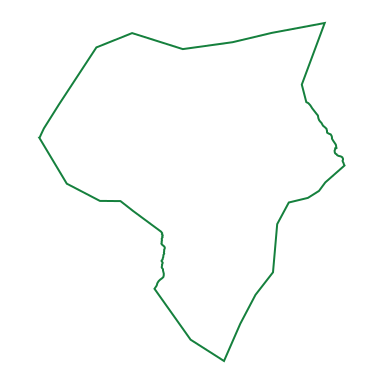 outline of To'grog, Govi-Altay, Mongolia
{"feature_id": "93677404B72988397034040", "entity_name": "To'grog", "entity_type": "district", "adm_level": 2, "iso_a3": "MNG", "parent_name": "Mongolia", "parent_adm1": "Govi-Altay", "projection": "orthographic", "projection_center": [94.989, 45.729], "detail": "fine", "context": "isolated", "style": "outline", "palette": "green", "viewbox_px": 384, "rotation_deg": 0, "n_neighbors": 0, "source": "geoboundaries", "source_scale": "gbopen_adm2", "svg_char_len": 1731}
<svg xmlns="http://www.w3.org/2000/svg" viewBox="0 0 384 384"><path d="M224.0,361.0L240.3,323.7L255.5,294.8L273.0,272.3L277.2,224.1L288.8,202.5L307.9,197.9L319.0,190.9L325.3,182.4L344.5,165.5L343.8,164.1L343.6,163.2L343.2,162.4L342.7,161.4L342.6,160.5L343.0,159.8L343.0,158.8L342.3,157.3L340.8,156.4L338.6,155.9L337.2,155.2L336.5,154.2L335.8,153.9L335.1,153.2L334.7,152.0L334.6,150.6L335.1,149.5L335.1,148.8L335.3,148.2L336.0,148.3L336.5,148.0L336.2,147.1L336.1,145.9L335.8,144.6L333.1,140.6L332.0,138.7L331.9,138.0L332.0,137.3L331.6,135.9L330.7,134.4L328.7,133.6L327.2,132.7L327.0,132.0L327.0,130.6L326.7,129.9L326.5,128.8L325.3,127.6L324.0,126.5L323.0,125.7L321.4,122.8L320.2,121.6L319.1,120.1L318.4,118.3L317.9,115.5L316.4,113.7L312.2,108.3L310.3,105.3L308.4,103.2L306.3,102.1L301.8,84.6L324.7,23.0L271.7,32.9L232.6,42.2L182.8,49.1L156.2,40.7L132.1,33.1L96.4,47.4L59.0,104.4L43.9,128.4L41.2,134.1L39.5,137.9L39.4,137.9L66.8,183.7L99.9,200.9L120.5,201.1L133.1,211.0L161.1,231.7L162.2,233.2L161.9,234.1L162.7,235.2L162.7,235.8L162.2,236.1L162.2,236.9L162.5,237.4L161.9,238.3L161.7,238.9L161.9,239.8L162.0,240.3L161.6,241.2L161.8,241.9L161.6,242.5L161.7,243.1L161.4,243.7L162.1,244.7L163.8,246.1L164.4,246.7L164.8,247.7L164.7,248.6L164.1,249.8L164.2,251.0L163.9,252.6L164.2,253.7L163.5,254.7L163.3,256.3L163.2,257.3L162.8,258.1L162.6,259.5L161.6,260.6L161.7,261.4L162.3,262.0L162.7,262.8L162.4,263.8L162.0,264.5L162.1,265.2L161.9,266.3L161.7,267.2L162.1,268.1L162.7,268.8L163.0,269.4L163.0,270.5L163.8,273.7L163.7,275.7L163.3,277.1L161.9,278.4L160.1,279.7L158.6,281.2L157.7,282.6L157.2,283.6L157.0,284.6L156.6,285.7L156.0,286.6L154.5,288.8L190.6,339.7L224.0,361.0L224.0,361.0Z" fill="none" stroke="#15803d" stroke-width="2"/></svg>